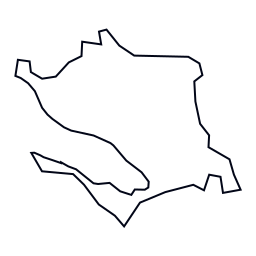 the district of Gurlen, Khorezm, Uzbekistan
{"feature_id": "79887680B99792663535597", "entity_name": "Gurlen", "entity_type": "district", "adm_level": 2, "iso_a3": "UZB", "parent_name": "Uzbekistan", "parent_adm1": "Khorezm", "projection": "equal_earth", "projection_center": [60.261, 41.834], "detail": "fine", "context": "isolated", "style": "outline", "palette": "ink", "viewbox_px": 256, "rotation_deg": 0, "n_neighbors": 0, "source": "geoboundaries", "source_scale": "gbopen_adm2", "svg_char_len": 924}
<svg xmlns="http://www.w3.org/2000/svg" viewBox="0 0 256 256"><path d="M124.1,226.4L140.0,202.6L165.3,192.1L193.3,184.8L204.0,190.3L209.2,174.7L220.5,176.8L223.0,192.9L240.6,189.7L233.9,174.6L229.5,159.3L208.5,147.2L209.1,135.3L200.1,123.8L195.4,101.5L194.3,81.4L202.4,75.1L199.4,63.4L188.3,56.8L134.2,55.6L119.3,45.6L106.5,29.6L99.0,31.6L101.2,44.4L82.2,41.7L81.5,56.1L68.8,62.4L55.8,76.6L42.1,78.7L30.9,72.1L29.6,61.4L17.9,59.8L15.4,75.9L20.7,78.0L28.1,83.2L34.9,91.2L42.1,107.8L47.5,114.6L52.5,119.0L64.0,127.3L71.2,130.6L93.6,135.5L110.5,143.1L113.4,145.4L126.3,160.6L135.2,167.4L141.6,172.3L148.7,181.7L148.3,187.5L144.8,189.7L134.8,189.5L131.3,194.9L120.2,191.3L109.6,182.9L98.1,184.0L93.5,183.3L76.1,169.3L68.3,166.4L61.1,162.3L61.1,163.1L51.8,159.9L43.6,157.2L40.3,155.3L34.3,152.7L31.3,152.9L42.0,171.3L73.1,174.1L84.0,184.7L98.8,204.5L114.9,215.7L124.1,226.4Z" fill="none" stroke="#020617" stroke-width="2"/></svg>